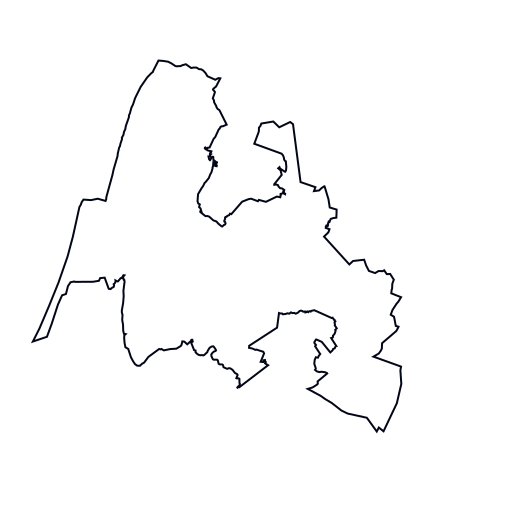 Heroica Ciudad de Juchitán de Zaragoza, Oaxaca, Mexico, rotated 110°
{"feature_id": "50627088B28921038205871", "entity_name": "Heroica Ciudad de Juchitán de Zaragoza", "entity_type": "district", "adm_level": 2, "iso_a3": "MEX", "parent_name": "Mexico", "parent_adm1": "Oaxaca", "projection": "orthographic", "projection_center": [-94.955, 16.413], "detail": "fine", "context": "isolated", "style": "outline", "palette": "ink", "viewbox_px": 512, "rotation_deg": 110, "n_neighbors": 0, "source": "geoboundaries", "source_scale": "gbopen_adm2", "svg_char_len": 6138}
<svg xmlns="http://www.w3.org/2000/svg" viewBox="0 0 512 512"><g transform="rotate(110 256 256)"><path d="M119.5,266.3L118.4,269.7L127.1,278.2L123.7,285.7L129.7,296.3L132.0,296.3L134.5,297.1L137.3,296.1L139.1,295.9L151.1,296.0L151.1,266.9L152.1,265.2L153.8,263.6L155.8,262.5L156.7,261.3L156.8,260.4L161.8,258.0L165.2,257.1L166.8,257.3L166.9,257.8L165.6,263.3L164.5,264.3L166.0,265.1L167.1,262.2L171.0,259.6L182.3,263.4L182.8,263.2L181.9,261.6L181.9,259.6L183.0,258.6L184.0,256.6L183.6,254.5L184.3,252.0L185.2,252.1L185.1,252.5L186.5,252.4L186.3,251.6L187.3,251.1L187.5,249.9L188.0,249.8L187.7,251.9L189.2,254.1L190.1,253.9L190.1,253.6L192.5,253.3L193.0,256.7L201.7,265.2L202.3,272.5L203.9,272.9L203.8,280.1L205.0,282.3L209.7,287.6L225.1,293.5L225.1,294.9L226.8,295.2L228.1,296.7L229.3,297.1L229.7,298.0L230.5,298.2L231.8,297.7L233.5,297.9L234.4,297.6L234.6,296.6L236.0,295.7L237.0,295.9L237.9,296.8L239.8,297.8L239.9,298.5L238.4,302.7L237.1,304.9L237.1,308.3L235.0,313.5L235.1,315.3L235.8,317.2L233.7,323.4L233.4,323.5L233.4,322.1L230.3,324.4L229.5,326.2L226.7,326.5L226.4,328.2L224.5,329.7L217.7,331.6L210.7,330.3L208.4,329.6L204.9,329.3L203.9,328.7L198.9,327.0L194.6,326.9L192.9,326.5L188.6,326.8L187.4,327.2L186.6,327.0L182.6,328.1L182.9,327.0L184.5,326.2L185.4,325.0L185.1,323.7L184.5,323.7L183.0,325.2L182.5,325.2L181.7,324.6L181.3,324.7L181.3,325.6L180.2,328.9L177.5,330.1L177.5,330.5L178.6,331.6L181.0,331.7L181.7,332.0L181.2,333.1L178.7,334.7L178.1,333.0L177.7,333.0L176.9,333.8L175.8,333.2L175.8,334.2L175.3,334.4L174.0,333.7L172.9,333.7L173.3,337.3L172.7,340.3L172.2,341.0L171.7,341.0L171.3,340.7L171.9,339.5L171.7,338.7L170.9,338.5L169.9,336.7L160.4,335.9L158.2,335.0L149.7,334.3L148.7,333.7L147.0,333.6L146.0,332.8L145.5,331.6L142.6,328.5L131.5,340.2L130.9,342.4L129.5,344.2L128.7,344.6L126.0,347.8L124.1,348.8L122.6,350.5L116.4,350.6L115.7,350.9L114.4,353.3L113.5,353.3L110.4,351.5L101.3,350.3L101.7,352.2L104.3,354.5L103.7,363.1L101.4,365.9L99.8,369.0L99.3,371.2L99.9,373.5L99.3,376.2L100.1,378.8L101.5,381.2L99.8,387.5L102.0,390.6L103.3,391.8L105.0,395.8L105.0,397.0L103.9,401.6L103.5,405.1L104.4,409.8L105.7,414.5L117.1,415.9L118.2,415.8L120.4,417.1L125.3,419.3L136.4,422.2L148.9,423.6L155.6,423.4L159.0,423.8L165.5,423.3L167.3,423.5L169.0,422.9L178.3,422.8L181.6,422.2L184.5,422.5L187.4,422.0L190.8,422.5L191.9,421.9L196.7,421.8L199.6,421.4L200.7,421.7L207.2,420.9L209.3,420.3L223.3,419.4L229.2,418.6L251.6,416.8L253.9,416.2L255.7,416.2L256.3,424.3L259.9,430.1L262.0,437.4L265.0,438.2L268.1,438.2L270.3,438.7L300.4,434.7L320.8,432.9L348.6,432.5L373.9,433.4L398.3,434.7L412.7,436.4L403.4,424.8L389.2,424.8L369.5,425.5L359.3,424.8L356.7,421.6L348.6,422.4L344.1,421.3L342.1,418.0L342.2,417.2L335.9,400.2L333.0,395.1L330.1,394.9L328.1,390.8L337.2,383.2L336.8,381.3L335.5,380.7L333.6,379.1L332.2,379.3L331.2,380.1L329.9,379.4L328.0,379.2L327.0,379.7L327.3,377.5L327.0,377.0L323.1,375.6L322.7,374.7L319.4,374.0L319.2,373.1L320.9,373.7L322.7,373.1L323.2,371.9L323.7,372.0L324.4,371.0L325.2,370.7L334.0,368.7L339.0,366.6L345.5,364.8L353.3,363.4L355.2,362.6L356.9,361.3L361.8,359.9L365.9,357.5L371.7,355.2L374.2,353.5L374.0,351.8L375.5,352.6L378.0,351.9L382.6,349.8L386.4,347.5L387.0,344.3L393.9,338.9L396.7,335.8L399.0,332.7L399.7,330.1L398.8,327.5L396.2,326.2L394.5,324.7L387.6,322.6L376.5,315.2L376.4,313.8L375.7,313.1L376.2,310.3L372.8,304.8L370.3,299.1L366.3,295.9L365.0,295.6L361.4,296.0L361.0,294.0L362.5,290.4L358.2,288.1L356.8,288.0L356.5,287.2L358.1,286.2L359.6,287.3L365.6,282.0L365.5,280.5L367.2,279.8L368.1,277.9L368.5,276.1L368.3,274.4L367.5,272.6L367.7,272.0L368.0,272.2L366.6,270.7L363.0,268.9L361.3,268.9L358.2,268.2L356.3,266.8L355.5,265.4L355.7,264.7L357.0,262.7L358.3,261.3L359.1,261.5L360.2,262.9L362.2,263.9L363.9,264.3L365.3,263.7L367.7,261.3L367.9,260.4L366.8,257.2L367.1,256.2L370.0,254.3L370.3,253.4L369.5,250.7L369.7,249.8L371.6,248.5L371.9,245.3L371.8,244.4L370.6,243.0L370.4,241.5L371.0,239.1L373.1,235.8L373.5,233.2L374.1,232.6L377.5,232.7L377.6,232.2L376.9,230.6L377.1,229.6L381.0,228.1L381.7,227.4L382.7,227.2L385.9,228.6L386.1,228.3L385.0,227.5L385.0,226.8L354.5,207.3L353.8,210.7L352.3,210.5L351.6,211.6L350.7,212.0L351.3,213.1L353.1,212.8L353.8,215.4L344.7,215.1L343.5,216.4L343.8,223.7L344.4,224.4L344.2,228.1L344.7,231.1L342.7,231.7L316.1,211.7L301.7,214.9L301.7,213.7L301.1,211.6L301.6,210.9L301.4,210.4L300.2,208.1L299.2,207.1L298.8,205.0L297.0,203.8L297.2,202.2L296.4,200.6L296.6,198.9L295.0,197.3L292.8,196.2L291.9,195.0L291.9,193.8L292.2,192.7L291.4,191.0L292.2,190.4L291.8,189.7L291.0,189.3L290.9,188.0L290.4,188.2L290.2,187.3L289.4,186.5L289.5,185.6L288.9,185.5L288.5,185.1L287.0,182.6L288.4,163.7L287.8,162.9L288.8,161.5L289.1,160.4L289.7,160.3L290.2,159.1L291.5,159.5L293.3,158.4L294.3,158.2L296.3,155.4L298.4,156.3L299.1,155.6L302.1,155.5L304.6,156.4L305.7,155.9L306.5,156.2L307.4,157.3L313.0,149.9L313.1,150.2L315.9,150.5L316.9,151.7L318.5,151.8L321.2,153.2L314.2,164.8L313.8,170.6L314.0,171.1L317.1,171.7L317.9,171.2L319.1,169.2L320.6,169.6L326.2,162.1L328.0,162.8L330.3,163.0L330.7,165.1L333.5,165.3L337.3,164.4L341.1,161.4L342.0,161.3L342.8,161.6L343.6,159.4L343.5,158.0L343.4,156.6L342.4,155.0L341.6,151.3L341.7,149.3L342.0,148.9L352.8,155.2L354.9,154.2L356.3,154.9L360.2,157.9L363.2,161.9L365.3,147.4L366.8,142.0L368.2,134.6L372.0,122.9L372.7,116.0L370.1,96.5L379.6,82.5L375.2,81.9L377.1,76.2L346.2,73.3L326.5,75.7L314.1,81.2L310.3,81.9L310.4,111.2L305.7,107.3L302.2,106.3L299.9,106.1L294.8,107.7L278.5,98.5L274.5,97.9L273.7,97.9L273.9,100.7L265.9,105.5L265.1,109.3L260.1,109.3L252.8,107.6L250.5,106.7L245.1,105.6L244.8,116.1L241.3,117.0L240.3,116.9L235.5,118.4L231.1,118.4L227.0,123.8L228.3,126.9L225.6,130.7L226.9,131.7L228.2,135.7L231.3,138.2L231.4,144.8L227.2,149.3L222.5,153.1L227.5,163.1L232.0,165.4L214.5,198.7L209.1,196.1L205.7,196.1L205.8,199.9L204.5,199.9L204.5,200.4L203.4,200.3L203.4,198.9L202.1,198.9L201.8,199.4L198.8,199.5L198.9,198.6L195.6,198.5L193.9,196.3L192.5,193.6L184.8,196.1L185.2,203.3L177.9,207.3L167.1,215.4L167.1,215.7L169.9,217.7L172.8,219.1L175.2,223.7L171.0,223.7L171.3,239.4L119.5,266.3Z" fill="none" stroke="#020617" stroke-width="2"/></g></svg>